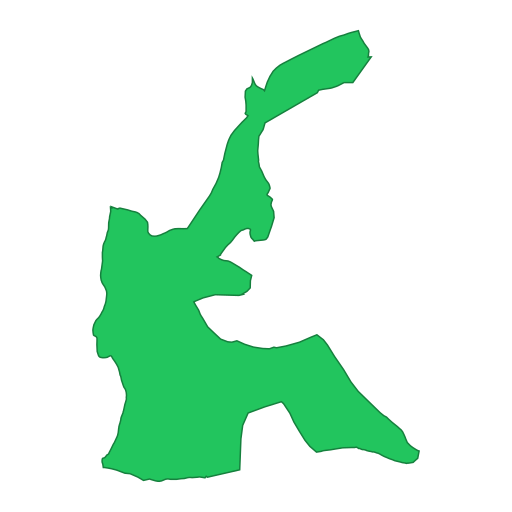 Marisule, Gros Islet, Saint Lucia (Albers equal-area conic projection)
{"feature_id": "8701671B53143424756117", "entity_name": "Marisule", "entity_type": "district", "adm_level": 2, "iso_a3": "LCA", "parent_name": "Saint Lucia", "parent_adm1": "Gros Islet", "projection": "albers", "projection_center": [-60.968, 14.046], "detail": "fine", "context": "isolated", "style": "filled", "palette": "green", "viewbox_px": 512, "rotation_deg": 0, "n_neighbors": 0, "source": "geoboundaries", "source_scale": "gbopen_adm2", "svg_char_len": 6051}
<svg xmlns="http://www.w3.org/2000/svg" viewBox="0 0 512 512"><path d="M252.4,78.1L252.4,82.5L251.5,85.4L250.3,87.2L248.4,88.2L247.0,88.8L245.4,91.1L245.1,97.2L245.8,101.3L246.1,105.2L246.1,111.6L245.2,113.3L245.6,114.1L248.0,115.7L246.6,117.8L242.0,122.3L238.7,125.9L234.6,130.4L231.1,135.1L229.5,138.3L228.5,140.6L227.2,144.4L224.8,153.6L223.5,160.1L222.2,162.4L221.3,167.6L220.0,173.0L218.7,177.3L216.1,183.4L212.8,189.4L211.4,192.8L209.5,196.0L199.6,210.1L188.0,227.6L187.2,228.6L183.3,228.7L178.4,228.6L174.8,228.8L172.8,229.3L169.5,230.5L166.8,232.1L165.2,232.9L163.2,233.7L160.9,234.8L158.6,235.5L156.4,236.1L154.5,236.2L152.1,236.0L150.2,235.0L148.6,233.3L147.8,231.7L147.8,229.4L147.9,226.9L147.8,224.5L147.5,222.3L145.1,219.2L140.5,215.2L139.0,213.6L137.0,212.5L135.2,211.9L131.8,211.2L127.7,209.9L122.5,208.7L119.9,208.1L118.1,208.6L117.8,209.1L111.3,206.7L111.7,208.0L110.9,207.9L110.5,207.6L110.7,210.9L110.7,211.6L109.6,216.8L109.5,218.5L108.7,222.8L108.6,226.2L108.6,227.2L108.5,228.9L108.3,230.1L107.3,232.6L106.6,236.1L106.2,237.2L106.0,238.4L105.3,240.6L104.8,241.3L103.6,244.1L103.1,246.1L102.7,250.9L102.4,252.4L102.4,257.1L102.5,259.4L102.6,260.3L102.5,261.7L101.5,269.2L101.1,270.6L100.8,272.7L100.6,275.5L100.8,277.8L101.2,280.2L101.5,280.9L102.1,282.7L103.3,284.7L103.9,285.5L105.0,287.3L106.4,290.7L106.6,291.7L106.8,293.5L106.7,295.2L106.0,301.2L105.3,304.0L104.4,306.3L103.7,308.8L103.2,310.0L102.6,311.2L102.1,311.9L101.0,314.1L99.8,316.1L98.7,317.6L96.6,319.7L95.8,320.8L94.1,324.3L93.9,324.7L93.3,327.3L93.0,329.0L92.9,330.2L93.1,332.6L93.5,335.0L94.0,335.5L96.1,336.6L96.6,337.3L97.0,338.1L97.0,340.9L96.9,344.7L97.2,351.5L98.3,354.9L98.6,355.7L99.0,356.3L99.7,357.0L100.7,357.4L102.4,357.7L104.2,357.7L105.5,357.6L107.2,357.3L110.0,355.8L110.8,355.8L111.1,355.9L111.9,356.9L112.5,358.1L113.0,358.9L114.8,361.4L116.5,364.1L117.8,366.5L118.3,367.6L118.6,368.7L119.1,370.5L119.5,371.8L120.1,375.0L120.7,376.2L121.0,377.5L121.5,380.1L123.5,386.1L124.1,387.5L124.9,388.5L125.6,390.0L126.2,392.1L126.4,393.9L126.5,395.6L126.3,397.3L126.4,398.7L126.3,399.7L125.9,401.1L125.4,402.8L124.9,404.4L124.1,408.2L123.8,409.6L123.5,410.9L123.2,411.7L123.1,412.6L121.2,417.3L120.9,418.6L120.8,419.9L119.9,423.4L119.6,424.1L118.9,426.8L118.9,427.4L118.7,428.3L118.2,432.8L117.6,435.4L116.9,437.1L114.5,442.3L114.2,442.9L113.3,444.3L110.5,450.1L109.1,452.7L109.0,453.2L108.5,454.0L107.7,454.6L106.9,455.0L106.0,456.2L105.8,456.4L105.3,457.0L105.0,457.4L104.6,457.7L103.2,458.2L102.9,458.2L102.3,458.9L102.1,460.4L102.1,461.8L102.2,462.4L102.8,464.1L103.3,467.5L104.5,467.5L108.4,468.1L111.8,468.8L116.4,470.0L124.9,473.2L130.1,473.7L137.9,477.1L143.5,480.4L149.6,479.0L150.6,479.4L155.4,480.8L157.5,481.2L159.2,481.3L161.5,480.9L165.6,479.2L167.9,478.9L170.5,479.3L176.6,479.3L181.1,478.7L184.3,478.5L187.9,477.6L189.9,477.4L192.2,477.6L197.5,477.2L199.5,476.9L205.0,477.8L206.2,476.3L207.4,477.2L239.7,469.8L240.9,438.9L242.7,425.3L248.1,413.0L264.9,406.8L281.4,401.7L283.6,403.7L289.9,413.2L293.9,422.0L299.1,430.8L305.0,440.3L309.9,446.4L316.5,452.1L321.0,451.4L322.8,450.8L323.8,450.6L327.0,450.2L330.5,449.8L335.2,449.0L342.7,447.8L351.9,447.5L354.6,447.5L356.3,447.1L357.4,447.6L358.7,448.5L359.9,448.5L361.2,449.2L362.5,449.6L363.7,449.6L365.5,450.0L366.8,450.6L368.0,450.9L369.2,451.2L371.1,451.5L372.4,451.9L373.9,451.9L375.1,452.3L377.0,453.0L378.1,453.2L379.4,453.8L382.0,455.3L384.3,456.5L387.5,457.8L388.3,458.2L389.8,458.8L392.5,459.7L394.8,460.7L400.7,462.1L402.2,462.6L405.1,463.0L406.5,463.4L407.7,463.1L408.7,463.1L413.1,462.4L415.6,460.1L417.7,458.3L419.1,451.0L418.1,450.7L416.5,449.9L413.0,447.7L410.7,446.0L409.5,444.9L408.6,443.9L407.3,442.6L406.1,439.8L405.7,438.9L405.1,437.2L404.0,434.7L402.6,431.8L401.3,430.1L400.7,429.5L399.7,428.7L397.4,426.6L395.9,425.4L391.8,422.1L388.5,419.1L386.5,417.1L383.8,415.7L380.1,412.7L358.2,391.4L350.9,381.9L343.5,369.5L334.6,356.6L327.5,345.1L323.4,339.8L316.9,334.8L310.7,337.3L299.5,342.2L286.0,346.0L276.5,347.8L273.9,347.2L269.4,348.8L262.6,348.5L253.5,347.1L244.7,344.3L236.9,340.8L231.8,342.2L227.7,341.8L220.6,339.1L214.2,333.1L207.7,326.9L202.7,318.3L201.0,315.7L200.2,314.2L199.9,313.5L198.7,310.3L195.6,305.2L193.8,301.9L195.6,301.0L203.0,297.9L215.2,294.7L238.9,295.4L243.0,294.4L242.3,294.1L247.1,291.2L250.2,287.9L250.4,280.7L251.7,275.4L245.8,271.5L243.5,270.1L239.9,267.6L234.3,264.2L231.6,262.6L230.1,261.8L228.1,261.0L223.8,260.5L221.5,259.7L219.0,258.5L218.1,257.6L217.1,256.9L220.5,255.0L220.6,254.2L221.4,253.1L225.5,247.4L227.8,244.9L230.5,242.5L231.6,241.1L232.1,240.6L234.9,236.8L236.8,234.6L238.8,232.5L240.8,230.7L242.0,230.2L243.0,230.0L245.3,228.9L246.7,228.5L248.2,228.4L249.7,228.9L250.4,229.4L250.5,230.1L250.1,231.6L250.0,232.6L250.1,234.0L250.3,234.9L250.9,237.1L251.6,238.2L253.0,239.6L253.7,240.5L254.3,241.2L255.0,240.9L256.1,240.7L263.3,240.0L264.9,239.7L266.0,239.3L267.6,237.3L268.0,236.4L270.4,229.4L271.4,226.7L274.1,217.7L273.6,211.4L271.4,206.7L271.0,205.2L271.0,204.1L271.3,203.0L271.4,202.2L272.3,200.1L272.4,199.3L272.0,198.9L270.2,197.2L268.2,195.9L267.6,195.6L267.3,195.2L267.0,194.8L267.1,194.2L268.3,192.3L269.4,189.8L270.0,188.6L270.0,187.9L269.6,186.1L269.1,184.6L268.6,183.5L265.9,179.9L265.0,178.4L264.0,176.5L261.8,171.3L259.4,166.9L259.0,164.1L258.8,163.2L258.4,161.5L258.6,160.2L257.9,153.8L257.7,150.7L258.3,144.0L258.5,140.2L258.9,136.2L259.9,134.7L262.0,131.3L262.8,130.1L263.3,128.9L265.0,122.9L317.3,92.7L318.6,90.2L322.8,89.3L329.9,88.3L331.8,87.9L336.3,86.4L338.0,85.7L344.0,82.6L352.8,82.6L371.2,56.9L368.0,57.0L368.4,55.8L368.6,52.8L368.9,51.8L368.8,50.8L368.5,49.5L367.5,47.9L364.1,43.3L362.9,41.1L361.2,38.5L360.3,36.9L358.9,32.5L358.4,30.7L351.3,32.5L348.0,33.5L344.0,35.0L341.4,35.7L339.3,36.3L334.4,38.3L325.7,42.5L323.0,43.6L318.7,45.7L315.6,47.2L298.7,55.4L291.8,58.9L282.9,63.5L279.8,65.3L276.3,68.1L273.2,71.2L270.0,76.3L267.3,82.1L265.7,86.9L264.5,90.8L263.2,89.5L260.8,88.5L258.5,87.3L256.5,86.0L255.8,85.2L254.8,83.6L252.9,79.0L252.4,78.1Z" fill="#22c55e" stroke="#15803d" stroke-width="1.5"/></svg>